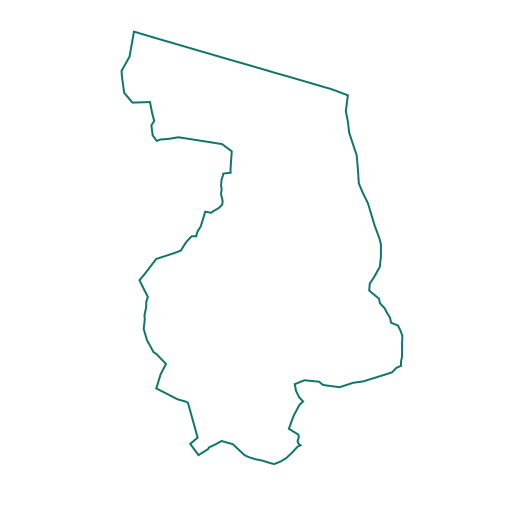 Mashi, Katsina, Nigeria, rotated 8°
{"feature_id": "59680162B19433829654146", "entity_name": "Mashi", "entity_type": "district", "adm_level": 2, "iso_a3": "NGA", "parent_name": "Nigeria", "parent_adm1": "Katsina", "projection": "albers", "projection_center": [7.993, 13.133], "detail": "fine", "context": "isolated", "style": "outline", "palette": "teal", "viewbox_px": 512, "rotation_deg": 8, "n_neighbors": 0, "source": "geoboundaries", "source_scale": "gbopen_adm2", "svg_char_len": 1964}
<svg xmlns="http://www.w3.org/2000/svg" viewBox="0 0 512 512"><g transform="rotate(8 256 256)"><path d="M144.0,296.2L147.7,301.7L154.6,311.6L153.7,316.7L154.4,322.0L153.8,330.0L154.7,334.4L154.9,343.8L159.8,354.6L168.1,365.7L170.7,366.7L181.9,375.4L178.0,386.4L175.7,401.0L198.2,408.8L207.5,410.1L209.1,411.0L223.5,444.0L217.0,451.2L226.8,461.2L235.5,453.8L236.0,452.2L242.3,448.0L247.7,444.0L259.3,445.6L272.2,454.7L276.4,456.1L283.5,457.3L291.4,457.8L298.2,459.0L303.1,459.5L309.0,456.0L313.9,452.1L318.4,446.6L323.7,439.1L326.4,437.2L324.4,436.2L322.9,433.5L323.6,429.4L322.8,427.0L317.1,424.5L312.6,422.5L315.4,409.3L319.2,398.8L320.2,396.8L322.9,393.5L318.6,390.2L314.3,383.8L312.2,377.5L321.3,372.3L328.8,372.0L336.0,371.7L340.3,374.4L357.1,374.3L369.6,368.1L379.8,365.2L406.9,352.3L410.6,347.2L414.9,344.6L414.3,340.7L414.6,335.7L413.7,328.4L412.8,322.6L412.5,318.6L411.9,314.3L409.2,309.4L406.3,305.1L399.1,303.3L397.1,298.2L393.9,294.4L390.6,289.8L385.3,285.5L383.6,281.0L380.0,278.9L372.9,274.5L372.5,267.4L375.5,261.3L380.1,249.6L379.8,239.4L378.1,227.1L375.7,221.3L369.1,209.0L359.5,188.2L352.6,178.0L347.7,169.8L347.1,166.8L344.8,155.8L341.6,142.0L338.1,135.1L331.1,120.9L328.2,109.9L324.8,100.2L324.7,90.3L324.6,84.1L316.6,82.3L309.6,80.7L305.1,79.9L299.7,79.2L275.3,75.6L260.6,73.5L248.9,71.9L231.4,69.3L219.5,67.6L203.6,65.4L200.4,64.9L198.2,64.6L169.0,60.4L146.6,57.1L129.1,54.6L103.9,50.8L103.6,60.7L103.0,76.2L97.1,91.4L98.3,97.1L102.7,112.7L112.3,121.3L129.6,118.3L133.1,128.5L136.4,136.5L134.2,141.2L136.9,150.9L141.6,155.8L144.9,154.0L153.1,152.2L162.7,149.2L206.8,149.9L217.4,155.7L218.7,173.7L219.3,177.0L212.2,178.9L212.0,181.4L211.3,184.9L211.6,191.2L212.6,194.2L212.8,199.9L215.3,206.0L215.4,209.8L212.3,213.9L207.2,217.7L205.6,219.4L199.6,219.2L197.1,234.6L194.7,239.7L194.0,244.7L189.6,245.4L185.6,250.9L184.3,253.3L180.8,261.1L175.8,263.9L157.6,272.8L148.3,289.3L144.0,296.2Z" fill="none" stroke="#0f766e" stroke-width="2"/></g></svg>